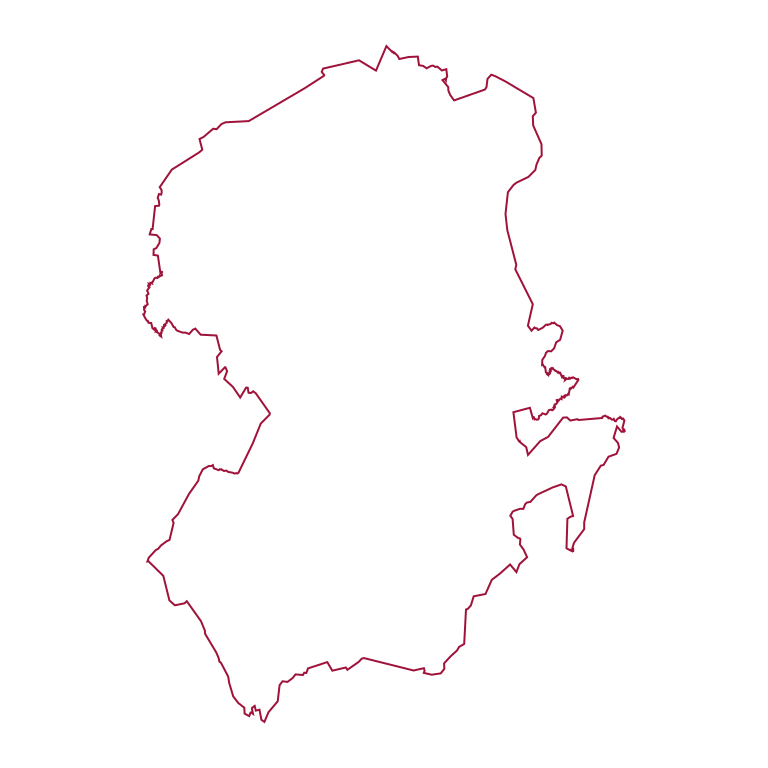 the district of Zvārdes pag., Saldus, Latvia, rotated 270°
{"feature_id": "27541924B82314272532739", "entity_name": "Zvārdes pag.", "entity_type": "district", "adm_level": 2, "iso_a3": "LVA", "parent_name": "Latvia", "parent_adm1": "Saldus", "projection": "robinson", "projection_center": [22.598, 56.546], "detail": "fine", "context": "isolated", "style": "outline", "palette": "rose", "viewbox_px": 768, "rotation_deg": 270, "n_neighbors": 0, "source": "geoboundaries", "source_scale": "gbopen_adm2", "svg_char_len": 6117}
<svg xmlns="http://www.w3.org/2000/svg" viewBox="0 0 768 768"><g transform="rotate(270 384 384)"><path d="M699.4,323.1L696.1,321.7L693.0,324.2L692.2,323.9L679.9,304.9L646.9,248.7L645.7,225.5L643.9,221.4L638.8,216.6L639.3,213.2L631.0,203.5L629.0,199.5L618.3,202.3L615.7,199.3L598.4,171.8L580.8,159.7L578.2,161.5L575.7,161.7L573.4,161.2L573.9,158.9L570.2,157.7L567.5,158.8L563.2,159.3L562.3,159.0L561.9,155.1L538.9,152.6L539.0,151.4L533.6,149.7L532.9,156.7L529.4,159.9L525.0,159.4L519.9,156.3L518.7,153.7L513.1,153.5L512.4,157.9L495.0,160.4L496.7,162.5L494.8,161.5L492.7,162.0L492.0,160.3L492.5,159.7L490.9,158.8L491.2,157.9L490.0,157.4L490.3,155.7L489.8,154.6L485.9,152.6L485.4,151.6L484.6,151.9L485.2,150.4L483.9,150.0L484.2,149.1L483.0,149.8L482.6,148.2L481.5,148.3L480.7,149.5L477.5,147.1L474.2,148.5L472.5,146.5L470.1,147.2L467.2,146.7L463.7,147.7L462.1,146.0L462.2,145.3L460.5,145.2L460.8,144.0L457.8,144.2L456.6,145.2L453.9,144.2L453.6,143.3L449.4,145.5L447.3,146.9L447.2,147.8L445.2,148.5L445.0,151.2L439.7,152.5L438.4,154.2L439.9,154.7L439.8,155.4L437.8,156.2L436.6,155.8L437.0,156.9L435.7,157.0L435.0,158.5L433.7,159.6L432.6,159.5L431.4,161.2L433.9,160.8L434.6,161.4L435.4,161.0L435.9,161.6L437.8,161.7L437.7,162.4L439.3,162.3L439.8,163.3L440.5,162.9L440.4,163.7L442.2,163.9L441.9,164.6L442.4,165.3L443.4,164.4L444.9,166.6L446.8,166.7L446.6,167.2L448.3,168.3L444.7,171.6L441.0,173.6L440.7,174.8L438.4,176.0L437.4,177.1L435.4,182.5L435.4,185.5L434.0,189.1L438.2,192.8L439.4,195.3L433.3,200.7L432.5,216.4L418.1,220.1L416.7,221.6L411.0,217.0L394.3,218.7L400.8,225.0L400.6,225.5L396.8,227.1L389.1,224.2L381.1,232.9L370.5,240.2L380.4,246.1L380.3,247.7L375.2,248.6L375.0,251.0L376.7,253.2L374.7,255.8L354.8,269.8L353.3,269.6L344.5,260.8L324.5,252.7L295.1,238.4L294.5,237.3L294.9,236.1L294.4,234.5L295.3,232.7L296.1,228.1L297.4,226.4L297.0,223.9L298.6,221.6L298.3,221.4L298.8,219.8L297.8,218.7L299.7,213.8L302.9,212.9L301.9,211.1L302.0,208.9L298.7,202.8L291.7,199.2L287.3,198.3L274.1,189.0L253.8,178.0L248.1,172.4L245.1,173.6L228.0,169.5L226.9,166.8L222.4,160.8L219.2,158.2L217.9,155.7L210.2,148.7L206.5,147.4L206.7,148.5L192.2,163.3L167.6,169.4L162.7,174.9L164.7,184.5L166.8,186.8L146.8,201.0L137.3,204.9L134.2,205.1L115.3,216.4L109.8,218.7L106.3,219.4L105.5,220.8L91.4,228.2L85.1,229.2L71.6,233.2L65.0,238.3L60.3,244.3L54.4,244.6L51.9,249.2L55.4,250.6L55.6,251.1L54.2,253.0L59.5,251.9L60.3,252.2L62.1,254.7L57.4,255.8L58.3,259.5L48.2,261.4L46.1,264.4L55.8,268.5L66.7,277.7L82.8,279.6L86.7,282.5L86.1,287.5L90.1,292.8L93.6,295.5L93.0,302.9L95.3,304.2L95.0,306.3L99.6,308.0L105.9,327.3L97.3,332.3L100.5,345.8L98.2,347.4L106.1,358.7L109.4,361.8L109.9,364.1L97.5,413.6L99.8,423.9L97.3,424.6L95.1,423.8L93.3,431.7L94.6,440.7L99.1,444.3L104.6,444.1L111.6,450.5L117.6,457.1L121.0,459.0L124.1,464.2L158.5,466.0L159.2,467.9L162.6,470.9L171.7,473.7L174.0,485.5L188.2,491.8L194.2,499.7L203.5,510.1L195.9,516.4L203.9,519.5L210.8,527.1L218.4,523.6L223.5,519.9L228.7,520.4L229.6,519.9L229.9,518.3L233.2,513.8L249.1,512.6L252.2,510.3L256.1,512.5L257.0,513.7L259.2,520.0L259.1,523.3L263.9,525.2L265.5,527.0L266.1,530.4L272.5,536.1L273.7,537.9L280.5,552.5L283.6,561.4L281.6,565.8L252.0,573.1L251.2,570.3L249.2,567.4L219.7,566.5L217.4,570.8L219.2,571.4L217.7,571.6L216.6,572.5L216.9,573.2L219.5,573.2L220.3,572.5L225.2,574.0L238.9,584.2L245.7,584.2L292.8,594.7L302.3,600.8L303.1,603.6L311.3,608.5L314.1,616.4L317.0,617.7L320.5,619.1L325.0,618.0L330.1,613.6L341.5,617.0L336.2,621.5L336.4,623.0L337.4,623.2L336.3,624.0L336.9,624.7L338.5,624.2L339.2,622.9L340.3,622.5L347.4,624.4L349.2,623.3L348.8,622.8L349.1,621.8L350.1,621.5L351.0,620.1L350.0,619.8L350.1,619.0L349.0,617.3L346.7,615.8L347.0,614.8L349.1,613.8L348.3,612.9L348.4,611.8L349.9,610.3L349.7,609.7L350.5,608.7L350.0,608.3L351.3,607.7L351.3,606.5L352.4,605.2L351.3,602.5L350.0,602.2L348.0,578.5L348.8,577.5L347.5,570.3L350.6,566.9L350.4,563.1L331.1,548.1L326.9,540.2L313.1,528.0L320.9,526.2L325.8,520.1L327.1,519.7L326.7,519.1L330.5,516.6L355.8,513.4L360.2,529.9L350.3,532.7L351.1,533.1L351.0,533.7L348.6,534.5L349.0,535.3L348.3,536.8L348.5,538.1L349.5,538.8L352.1,539.1L352.8,541.1L354.7,542.4L353.5,545.8L354.6,547.1L357.9,548.9L358.4,551.2L357.7,552.1L357.9,552.8L359.7,554.2L360.4,553.6L361.0,555.0L361.9,554.8L361.5,554.5L361.9,554.1L363.6,554.7L363.8,555.9L365.5,557.4L367.9,556.7L368.2,557.5L367.3,558.6L369.1,560.1L369.5,560.8L369.0,561.6L371.4,561.8L370.4,564.4L371.2,565.0L372.1,564.6L372.1,565.4L372.8,565.5L372.7,567.1L374.0,568.0L373.5,568.7L379.6,569.8L379.9,570.3L379.3,570.9L381.2,572.7L380.5,573.4L388.1,578.4L389.0,578.0L388.7,576.7L390.7,573.1L390.0,572.3L390.3,571.2L389.2,569.9L390.2,569.1L389.0,568.2L389.2,566.7L388.0,565.2L389.9,565.8L390.1,565.0L389.3,564.5L390.2,563.2L391.9,563.5L392.2,562.2L391.4,561.8L395.2,560.2L394.9,559.5L395.9,558.6L395.2,558.1L397.0,556.3L397.1,555.3L398.2,554.5L398.5,553.5L399.9,552.8L399.4,552.2L399.8,551.5L398.9,551.2L399.4,550.7L398.9,550.0L396.9,550.6L396.8,549.7L395.1,550.2L394.3,549.7L395.0,549.0L394.7,548.6L392.8,548.3L393.8,547.0L395.4,546.8L395.6,545.9L400.8,545.2L400.7,544.5L403.5,542.8L403.1,542.1L408.2,542.3L412.1,545.0L415.2,546.0L416.9,547.9L416.7,551.2L419.8,554.2L425.7,556.2L428.2,560.1L437.3,562.7L441.8,560.0L442.9,557.0L445.4,554.2L444.7,553.2L445.2,551.6L444.2,550.9L443.0,547.6L443.5,547.1L443.2,545.9L440.2,542.6L438.0,538.2L439.7,536.9L439.8,535.2L440.5,534.4L437.3,531.5L442.3,527.9L463.8,532.8L498.7,515.3L503.2,516.3L537.9,507.3L554.0,505.5L575.8,507.9L583.0,513.5L585.3,516.4L591.1,528.4L598.0,535.3L603.4,536.5L610.0,539.3L612.3,541.7L623.8,541.5L642.5,533.2L651.8,532.8L655.3,535.9L669.9,533.4L686.7,505.2L691.9,495.1L693.3,491.3L689.1,487.5L681.0,486.5L678.5,485.0L667.6,454.1L673.0,450.2L677.3,448.4L681.0,448.2L687.9,442.5L689.2,445.0L687.7,445.9L689.9,446.1L691.3,447.2L698.8,446.3L697.5,441.9L701.4,437.3L701.0,435.4L702.4,433.0L702.1,431.1L699.7,426.6L702.1,423.1L702.8,419.0L711.4,417.8L711.0,408.6L709.0,399.3L712.4,397.5L715.6,394.0L715.0,393.7L716.6,392.1L716.3,391.9L721.9,386.4L697.4,376.0L707.7,359.0L699.4,323.1Z" fill="none" stroke="#9f1239" stroke-width="2"/></g></svg>